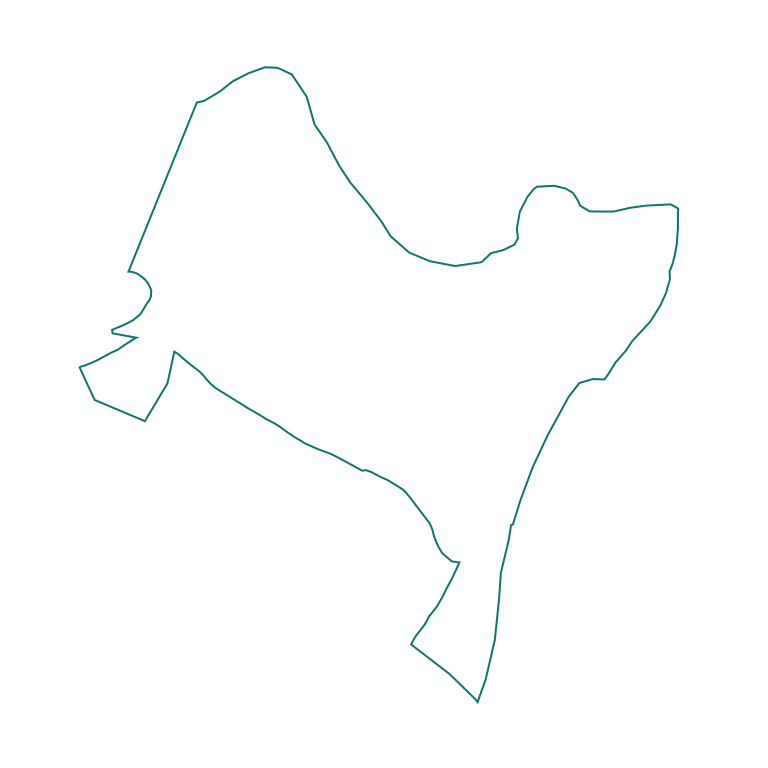 Marisule/East Winds, Gros Islet, Saint Lucia, rotated 267°
{"feature_id": "8701671B58662152175879", "entity_name": "Marisule/East Winds", "entity_type": "district", "adm_level": 2, "iso_a3": "LCA", "parent_name": "Saint Lucia", "parent_adm1": "Gros Islet", "projection": "mercator", "projection_center": [-60.969, 14.054], "detail": "fine", "context": "isolated", "style": "outline", "palette": "teal", "viewbox_px": 768, "rotation_deg": 267, "n_neighbors": 0, "source": "geoboundaries", "source_scale": "gbopen_adm2", "svg_char_len": 2268}
<svg xmlns="http://www.w3.org/2000/svg" viewBox="0 0 768 768"><g transform="rotate(267 384 384)"><path d="M674.9,211.8L509.6,134.7L509.5,136.6L508.7,139.6L506.9,143.7L504.0,147.4L500.4,151.2L495.9,154.1L489.9,156.5L483.5,155.8L480.1,154.1L476.3,151.1L472.0,148.2L466.3,144.2L463.1,139.7L460.8,136.7L458.3,131.4L456.3,126.5L454.5,121.5L452.3,115.3L448.8,115.6L448.3,117.5L443.2,139.1L442.3,137.1L439.7,132.5L436.3,126.5L432.2,120.1L429.8,113.8L425.8,105.3L422.7,98.8L420.0,91.8L418.1,86.2L417.1,81.7L416.2,81.0L383.2,94.2L359.4,143.3L396.0,167.8L427.3,176.3L424.4,180.4L419.7,185.0L414.3,190.9L409.6,196.3L406.2,200.3L401.0,204.9L398.2,206.8L393.6,210.6L388.6,215.8L371.3,240.7L366.4,247.7L360.4,257.0L355.1,264.6L350.8,272.1L346.0,278.8L341.7,283.9L335.4,292.2L332.0,297.6L328.9,301.8L326.3,306.9L322.7,314.0L320.2,319.7L317.7,325.8L314.3,332.1L298.6,357.7L298.9,361.6L296.8,366.6L292.0,374.6L287.4,383.3L281.7,391.5L277.2,398.0L269.7,403.8L257.0,412.4L246.9,419.3L242.4,422.4L236.1,424.7L229.3,426.0L221.9,428.5L217.8,430.2L211.8,433.4L203.3,442.4L201.8,450.0L189.5,443.5L187.0,442.2L182.0,439.2L175.3,435.1L170.5,432.5L166.7,430.2L161.3,426.7L158.8,425.1L156.3,422.8L152.5,419.6L149.8,417.0L147.2,415.4L145.3,414.4L141.8,412.2L132.0,403.7L130.1,402.2L125.7,399.3L122.5,397.4L90.9,434.3L64.5,458.7L61.5,460.8L83.4,470.0L122.3,481.2L162.8,487.6L189.2,490.8L221.9,500.5L236.4,503.5L236.8,505.3L261.1,514.3L292.8,528.0L324.5,544.9L347.3,559.0L361.6,567.8L374.8,579.2L378.0,592.8L377.0,604.3L381.5,608.1L393.2,616.2L404.2,626.9L413.9,634.2L432.1,652.9L438.6,657.6L448.3,664.3L460.0,670.3L473.6,675.0L481.4,675.0L488.5,678.3L496.9,681.0L508.6,683.7L524.2,685.7L537.8,686.4L543.6,687.0L544.5,686.0L548.4,679.6L548.4,666.9L548.4,654.2L547.0,638.6L544.2,622.4L544.9,609.0L545.6,598.4L551.8,589.2L557.3,587.1L564.8,582.9L569.6,575.8L573.0,564.5L573.0,553.2L573.0,547.1L570.9,543.8L563.3,537.0L549.1,528.7L532.1,524.8L522.5,525.4L516.4,521.6L511.5,510.3L509.1,497.8L500.5,487.7L498.1,461.3L504.2,436.2L513.9,416.1L531.0,398.5L546.8,389.7L565.1,377.2L587.1,360.8L604.1,350.8L628.5,339.5L646.8,328.2L674.8,321.9L698.0,308.1L705.3,294.3L706.5,281.7L701.6,265.4L698.2,257.7L694.3,249.0L684.6,235.2L676.0,218.9L674.9,211.8Z" fill="none" stroke="#0f766e" stroke-width="2"/></g></svg>